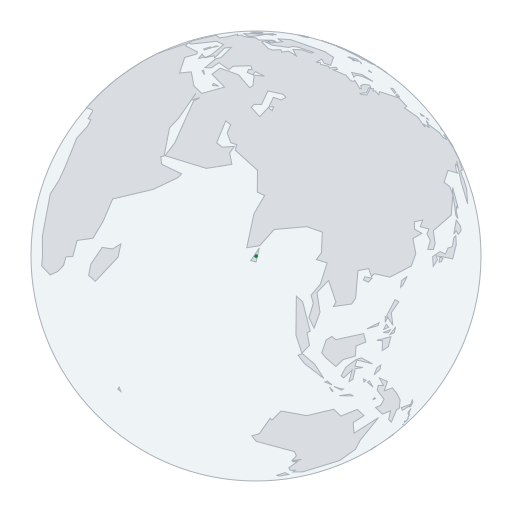 Mātale highlighted on a globe, orthographic projection, rotated 37°
{"feature_id": "LKA-2449", "entity_name": "Mātale", "entity_type": "District", "adm_level": 1, "iso_a3": "LKA", "parent_name": "Sri Lanka", "parent_adm1": "", "projection": "orthographic", "projection_center": [80.718, 7.7], "detail": "fine", "context": "on_globe", "style": "filled", "palette": "green", "viewbox_px": 512, "rotation_deg": 37, "n_neighbors": 0, "source": "natural_earth", "source_scale": "10m", "svg_char_len": 8759}
<svg xmlns="http://www.w3.org/2000/svg" viewBox="0 0 512 512"><g transform="rotate(37 256 256)"><circle cx="256" cy="256" r="225" fill="#eef3f6" stroke="#a8b0b8"/><path d="M348.9,50.8L345.7,49.6L350.0,51.6L335.8,45.9L343.4,48.4L342.8,48.1L345.0,49.0L345.7,49.3L347.7,50.2L348.9,50.8ZM328.5,43.2L326.3,42.7L326.8,42.6L328.5,43.2ZM55.9,152.5L73.5,127.0L73.3,130.5L86.5,128.3L87.1,130.4L79.6,140.3L84.8,155.9L93.5,147.9L104.0,157.5L114.9,158.8L129.2,140.0L111.5,137.3L114.3,127.6L133.2,121.8L149.5,125.5L151.1,121.9L145.7,112.7L154.5,107.3L144.4,109.2L144.8,113.1L138.5,114.7L137.8,111.4L140.9,109.4L137.4,107.2L123.4,118.3L122.3,123.4L110.1,123.9L107.0,132.7L101.9,136.3L105.2,122.8L108.7,118.3L110.7,104.2L105.8,108.7L103.7,122.7L102.1,121.3L95.6,128.8L99.3,122.0L103.0,106.6L95.3,108.3L76.7,125.7L74.0,126.6L75.8,122.2L91.3,103.6L95.5,103.8L101.1,98.3L107.8,90.0L108.5,91.1L111.7,88.0L114.1,88.2L124.7,81.9L128.2,81.8L139.5,73.6L142.9,72.7L135.2,77.6L131.8,81.5L141.3,82.9L145.3,81.5L151.8,76.2L153.6,77.8L158.8,72.6L167.8,72.0L161.2,68.8L168.7,63.7L178.0,60.7L179.3,58.8L164.2,63.8L159.2,66.5L156.9,69.6L142.3,77.8L137.5,78.8L148.2,68.9L142.6,69.5L153.4,62.4L187.7,51.4L198.3,50.6L200.9,58.7L194.3,61.1L190.1,59.1L187.4,65.2L190.8,62.6L192.3,64.2L199.9,60.7L201.3,61.8L206.2,57.0L208.8,57.9L205.6,60.9L219.1,57.5L226.4,59.0L228.8,57.9L229.2,56.2L238.2,59.9L239.6,58.9L237.2,57.2L238.3,54.4L243.7,51.1L246.5,52.5L244.9,53.9L245.8,59.4L241.2,63.5L242.9,63.8L247.6,60.7L246.5,53.9L249.0,51.6L250.5,54.4L250.1,53.2L252.2,52.5L257.0,53.4L255.8,50.3L275.2,43.8L286.3,45.7L285.5,48.4L302.0,47.8L313.3,51.5L311.0,49.7L317.4,49.2L314.0,48.0L313.4,47.2L328.3,47.1L334.0,48.8L337.8,48.2L336.7,47.5L332.7,46.1L335.8,45.9L350.0,51.6L351.9,52.8L359.6,56.3L362.8,58.8L369.0,63.0L368.2,64.8L373.2,68.6L375.6,69.6L384.2,76.0L393.6,87.0L375.4,73.5L359.2,59.4L364.9,64.3L360.4,62.1L360.5,63.4L364.8,67.5L367.2,68.5L357.8,72.0L361.8,83.9L369.2,84.0L376.3,88.6L387.3,105.8L382.3,129.1L391.6,138.3L393.8,144.1L389.2,147.3L385.9,138.7L379.1,135.3L378.0,130.4L369.5,133.7L367.5,126.9L361.8,133.5L366.6,139.1L374.8,138.1L370.8,147.6L382.2,158.0L386.1,170.5L375.6,192.3L361.1,198.9L360.7,203.0L353.6,198.2L346.2,206.3L361.0,229.9L361.2,236.8L348.2,249.8L347.5,244.6L328.7,231.9L326.6,248.4L340.9,262.3L345.8,278.6L335.4,273.5L330.2,259.2L323.6,254.2L324.4,239.8L317.0,218.7L306.4,222.5L306.3,214.1L294.6,197.0L278.8,202.1L254.5,223.9L252.7,245.6L243.6,254.9L228.9,223.3L226.5,202.5L218.6,204.2L205.6,186.6L175.7,184.0L173.7,178.6L167.6,180.7L158.8,174.9L156.8,166.3L150.5,166.4L156.5,189.3L163.6,189.4L172.8,181.4L172.9,189.5L181.6,197.3L163.6,215.9L123.0,230.6L123.0,214.3L112.8,169.5L115.3,164.9L115.4,164.4L115.6,163.4L110.5,170.7L110.1,162.3L111.3,192.6L109.8,205.6L122.4,231.5L120.2,233.9L125.5,239.5L147.1,235.2L146.4,240.6L133.7,264.8L107.2,296.7L113.0,320.3L115.1,339.9L103.7,351.3L110.0,366.6L104.8,371.1L108.0,379.5L106.9,387.8L103.0,395.0L90.8,392.9L85.9,385.0L73.5,368.8L54.4,330.4L53.1,314.1L50.2,300.7L41.9,269.7L43.4,253.9L42.2,246.6L39.2,247.3L38.4,238.7L36.9,237.9L31.4,239.7L31.9,233.2L34.2,216.4L37.8,199.9L42.7,183.6L48.7,167.8L55.9,152.5ZM58.7,148.6L56.5,152.6L58.7,148.6ZM162.7,140.2L175.1,142.5L176.5,130.1L181.5,130.2L180.2,126.2L176.6,129.2L174.4,118.8L182.3,116.2L184.4,111.4L180.4,110.5L166.2,117.0L169.2,131.6L163.3,136.0L162.7,140.2ZM127.3,73.3L125.6,75.2L121.1,78.4L116.8,80.3L123.2,75.5L127.3,73.3ZM124.3,77.4L136.2,68.0L139.4,67.1L135.6,69.1L136.6,69.4L130.7,72.8L122.1,81.8L117.6,85.3L111.9,85.8L116.3,83.4L117.6,81.4L124.3,77.4ZM161.0,51.8L166.2,49.4L166.4,50.2L161.5,52.5L156.8,54.0L159.8,52.3L161.0,51.8ZM236.1,31.6L236.4,31.7L229.3,32.6L233.1,32.2L233.6,32.7L228.1,33.8L227.8,33.2L221.9,35.1L218.2,35.1L217.8,35.3L212.8,36.0L205.9,37.4L205.1,37.3L202.8,38.0L199.4,38.7L196.0,39.7L193.3,40.0L188.8,41.4L190.1,40.8L183.2,43.2L187.1,41.7L183.1,42.9L181.4,43.7L179.0,44.3L197.7,38.4L216.7,34.2L236.1,31.6ZM250.5,30.8L244.2,31.1L238.4,31.5L239.2,31.3L250.5,30.8ZM91.5,127.0L92.7,127.7L95.4,127.8L91.3,132.8L91.5,127.0ZM93.7,116.5L95.3,116.1L90.8,122.6L89.6,122.1L93.7,116.5ZM99.9,110.8L95.7,115.6L97.3,112.7L99.9,110.8ZM137.1,77.3L139.3,76.9L138.0,78.2L135.1,79.9L137.1,77.3ZM210.0,41.7L210.7,40.7L212.3,40.4L217.9,38.2L221.1,38.4L218.9,39.8L210.0,41.7ZM124.0,142.8L118.7,146.0L118.0,144.0L120.0,143.3L124.0,142.8ZM102.5,139.1L105.7,142.3L101.4,140.4L102.5,139.1ZM214.4,41.5L216.3,40.5L216.7,41.3L214.4,41.5ZM223.7,38.5L224.8,39.2L222.1,38.2L223.7,38.5ZM225.6,443.1L229.6,445.5L225.8,445.5L225.6,443.1ZM146.5,339.8L142.9,372.9L134.0,372.2L129.0,362.0L128.0,341.7L137.2,336.7L140.8,327.7L146.5,339.8ZM393.5,316.4L398.8,317.4L398.5,318.4L393.5,316.4ZM388.1,312.9L394.3,313.2L386.8,315.2L388.1,312.9ZM396.7,313.3L403.0,311.3L405.8,309.6L405.1,311.7L396.7,313.3ZM383.8,313.0L359.3,312.7L349.3,309.9L351.9,306.1L368.1,307.1L383.8,313.0ZM351.1,306.0L335.5,295.1L312.4,263.8L320.7,264.4L344.5,283.4L343.0,286.6L352.5,295.2L351.1,306.0ZM387.9,286.3L386.3,296.2L373.0,295.3L366.8,293.7L362.6,281.0L365.0,274.6L370.1,274.8L388.7,253.2L395.5,258.5L390.1,267.6L395.5,276.2L387.9,286.3ZM253.8,247.6L259.6,260.8L254.6,262.8L253.8,247.6ZM395.3,238.2L388.4,247.5L394.4,235.1L395.3,238.2ZM398.2,226.5L399.1,231.2L395.7,226.6L398.2,226.5ZM361.5,209.4L356.1,210.4L355.5,207.1L362.0,203.9L361.5,209.4ZM389.0,181.3L390.8,190.7L390.4,193.9L387.0,188.2L389.0,181.3ZM244.4,46.2L232.9,48.6L226.8,51.5L226.7,54.4L222.0,51.8L231.4,47.3L244.4,46.2ZM271.1,43.7L271.2,41.8L274.4,42.4L274.8,43.0L271.1,43.7ZM268.9,42.7L262.9,40.9L265.0,39.8L269.3,41.3L268.9,42.7ZM238.2,39.9L234.6,40.5L234.4,39.8L238.2,39.9ZM404.4,418.9L409.5,411.6L413.5,410.8L407.4,417.4L404.4,418.9ZM404.5,389.0L367.8,403.9L361.0,402.1L365.6,395.9L365.0,377.1L367.5,377.5L369.4,364.7L392.7,352.9L410.3,331.6L420.0,332.8L429.3,317.5L438.3,318.5L433.8,330.6L440.9,338.5L451.1,311.3L450.1,340.3L451.7,350.6L445.9,369.0L423.3,400.2L415.4,406.3L416.2,403.5L412.3,406.6L409.6,405.4L412.8,395.5L408.7,398.6L414.8,391.0L407.9,397.8L408.6,391.4L404.5,389.0ZM466.1,336.0L466.0,336.8L464.2,342.0L464.5,341.0L466.1,336.0ZM472.3,318.9L471.8,320.7L471.6,321.4L472.3,318.9ZM472.4,318.3L473.2,315.4L472.4,318.3L472.4,318.3ZM474.5,302.6L475.0,301.1L474.9,302.2L474.5,302.6ZM406.5,317.5L414.2,309.8L418.0,309.1L406.5,317.5ZM474.7,299.4L474.0,299.1L474.3,297.6L474.7,299.4ZM475.2,295.7L475.4,293.6L475.2,298.7L475.2,295.7ZM474.3,290.9L474.8,294.7L474.1,291.3L474.3,290.9ZM473.5,291.4L472.9,289.7L473.0,289.0L473.5,291.4ZM460.8,294.2L464.1,307.2L460.4,306.8L456.7,298.7L452.1,306.2L442.7,305.0L445.4,300.3L444.5,293.3L433.7,290.4L431.5,285.8L435.7,282.8L428.0,279.1L436.5,277.1L439.6,286.5L444.3,279.2L451.4,281.1L457.8,284.3L462.1,291.4L460.8,294.2ZM435.8,297.8L437.2,297.8L435.8,300.6L435.8,297.8ZM471.5,284.4L472.5,289.0L472.2,290.2L471.6,289.5L471.5,284.4ZM463.2,289.8L468.2,282.1L469.2,282.3L465.8,291.1L463.2,289.8ZM467.4,277.0L469.3,278.2L470.1,282.6L469.6,283.8L467.4,277.0ZM418.6,289.0L418.1,291.6L415.8,289.6L418.6,289.0ZM421.7,287.5L428.5,290.3L421.0,289.7L421.7,287.5ZM399.2,278.4L401.4,284.5L408.5,280.6L403.1,286.3L407.6,296.4L405.8,300.3L401.4,289.2L399.3,300.6L396.1,300.4L394.7,290.7L398.1,278.8L401.3,274.0L413.9,272.0L399.2,278.4ZM421.8,279.9L419.9,272.8L421.2,268.0L423.3,271.8L421.8,279.9ZM413.7,255.6L407.9,247.5L403.2,250.6L412.2,239.3L416.3,248.9L413.7,255.6ZM407.9,237.8L403.6,240.6L407.7,234.0L407.9,237.8ZM402.2,237.8L401.1,232.2L404.8,233.0L402.2,237.8ZM410.3,238.1L410.2,228.6L412.5,234.1L410.3,238.1ZM398.1,219.8L407.0,229.0L396.3,225.0L393.3,207.1L397.7,206.7L398.1,219.8ZM406.0,150.9L403.5,146.3L406.7,145.4L407.5,148.8L406.0,150.9ZM414.8,140.0L406.7,143.7L399.8,147.5L403.2,149.7L403.8,157.6L397.4,150.1L400.4,141.7L406.1,140.4L404.6,134.1L407.3,130.2L403.0,122.6L403.3,119.5L409.0,126.2L414.8,140.0ZM400.8,119.4L394.3,106.8L401.4,109.1L404.5,112.3L404.5,117.0L400.7,115.5L400.8,119.4ZM394.8,104.6L391.1,103.2L373.7,85.8L371.8,82.8L388.8,96.3L386.2,95.8L389.3,100.0L394.8,104.6ZM328.3,43.4L326.5,42.7L329.0,43.5L328.3,43.4ZM311.3,46.5L311.0,45.6L313.9,46.2L311.3,46.5ZM311.5,43.5L308.4,43.4L310.5,42.9L311.5,43.5ZM301.8,43.4L306.6,43.1L303.7,44.4L301.8,43.4Z" fill="#d9dde1" stroke="#a8b0b8" stroke-width="1"/><path d="M256.1,254.8L256.3,255.0L256.3,254.9L256.5,254.9L256.5,255.0L256.4,255.1L256.4,255.3L256.3,255.5L256.2,255.6L256.2,256.0L256.4,256.1L256.5,256.0L256.6,255.9L256.9,256.0L257.1,255.9L257.1,256.0L257.1,256.3L257.0,256.5L257.0,256.8L256.9,256.8L256.7,256.9L256.3,257.0L256.2,257.0L256.1,256.9L255.9,257.0L256.0,257.1L255.9,257.2L255.7,257.2L255.4,257.0L255.4,256.9L255.4,256.7L255.4,256.4L255.3,256.1L255.3,255.9L255.2,255.8L255.2,255.7L255.4,255.4L255.5,255.4L255.7,255.2L255.8,255.1L255.9,254.9L256.0,254.8L256.1,254.8Z" fill="#22c55e" stroke="#15803d" stroke-width="1.5"/></g></svg>